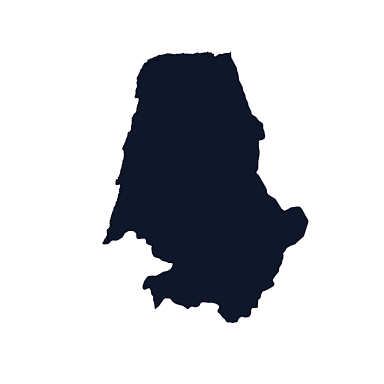 Salvaleón de Higüey, La Altagracia, Dominican Republic, rotated 240°
{"feature_id": "3306468B87904766376188", "entity_name": "Salvaleón de Higüey", "entity_type": "district", "adm_level": 2, "iso_a3": "DOM", "parent_name": "Dominican Republic", "parent_adm1": "La Altagracia", "projection": "natural_earth1", "projection_center": [-68.511, 18.662], "detail": "fine", "context": "isolated", "style": "filled", "palette": "ink", "viewbox_px": 384, "rotation_deg": 240, "n_neighbors": 0, "source": "geoboundaries", "source_scale": "gbopen_adm2", "svg_char_len": 6059}
<svg xmlns="http://www.w3.org/2000/svg" viewBox="0 0 384 384"><g transform="rotate(240 192 192)"><path d="M59.8,190.8L65.9,194.8L66.4,195.9L66.5,197.6L67.8,199.1L69.0,199.8L71.1,202.9L71.2,203.8L70.7,205.9L70.5,207.8L70.4,214.4L70.7,216.1L71.7,216.8L75.0,217.0L76.3,217.8L78.2,221.5L80.2,226.9L83.3,229.2L85.6,233.6L87.9,235.4L89.3,237.3L91.5,238.7L93.3,239.4L94.1,240.2L94.8,242.3L96.4,245.0L96.9,246.8L96.8,251.1L95.9,255.1L96.6,257.5L98.4,266.4L107.4,276.3L108.6,277.4L109.7,277.8L122.1,278.0L124.7,277.5L125.9,276.0L128.4,270.1L128.5,264.1L128.8,262.4L129.7,261.7L132.6,260.5L144.0,260.1L150.9,256.3L152.2,256.0L154.2,256.0L156.8,257.2L159.2,257.5L172.7,257.5L176.7,256.5L177.5,257.1L179.3,260.3L185.5,264.0L191.8,269.1L194.8,270.7L197.4,271.5L202.9,274.6L203.4,275.4L203.6,276.3L202.8,278.9L202.6,280.6L202.9,281.6L203.8,282.5L208.3,284.2L211.7,284.8L215.3,286.7L216.3,286.7L220.2,284.8L224.6,284.3L228.8,282.1L229.9,282.0L232.7,283.0L238.4,283.3L241.6,284.5L246.3,284.8L249.6,286.0L254.6,286.4L257.9,287.7L265.2,287.9L271.4,290.5L274.8,291.1L277.3,292.2L289.0,292.5L293.1,294.6L292.9,293.6L293.7,292.4L293.8,291.6L294.7,290.8L294.8,289.7L295.4,289.1L295.4,287.5L295.6,287.0L295.0,286.9L295.2,286.6L295.9,286.5L296.0,285.9L297.1,285.0L297.0,279.6L297.6,278.7L298.5,278.3L299.2,278.3L299.8,279.0L300.3,279.0L301.6,278.0L302.4,278.0L303.3,277.0L303.3,276.4L303.9,275.2L304.9,275.4L305.2,275.1L304.8,274.1L305.3,273.2L305.2,272.5L305.4,271.9L306.3,272.0L306.3,270.1L307.0,269.7L307.5,267.8L308.6,266.6L309.4,266.3L309.5,265.0L310.0,263.9L310.1,261.7L310.5,261.5L310.6,261.0L311.9,259.4L312.4,258.2L314.0,256.3L314.2,255.3L315.5,253.7L316.3,253.5L316.5,251.6L317.7,249.0L318.2,248.7L318.2,247.8L318.8,247.3L318.6,246.7L319.5,245.2L320.1,244.8L320.1,244.3L319.5,243.9L320.1,243.3L320.6,243.6L320.8,243.3L320.8,243.0L320.5,243.0L320.6,242.6L321.7,242.7L323.9,239.4L324.0,237.8L324.4,237.2L324.8,235.3L325.6,233.6L325.6,232.5L325.9,232.1L326.4,232.1L326.4,231.2L326.7,230.6L326.6,230.1L326.1,229.6L326.7,228.3L326.6,227.6L326.3,227.6L326.1,228.3L325.4,228.2L325.3,228.5L324.5,228.5L324.3,226.7L324.8,226.3L326.4,226.1L326.5,226.7L327.0,227.0L327.2,225.5L327.0,225.2L326.9,223.8L327.4,223.3L327.7,222.0L327.4,220.6L327.9,220.0L326.7,219.0L326.6,218.4L325.5,218.7L325.1,218.1L325.4,216.9L326.7,216.6L326.7,215.0L325.6,213.7L325.1,212.4L324.0,211.5L323.5,210.5L323.4,209.2L322.8,208.9L322.5,208.2L319.8,205.0L319.7,204.3L319.2,204.0L318.5,202.4L318.1,202.5L317.9,201.9L317.5,201.9L317.4,201.3L316.1,201.3L315.4,200.9L313.7,198.9L312.3,199.0L311.8,198.4L310.9,198.3L309.8,197.0L309.3,196.8L309.1,195.9L308.2,195.4L308.0,194.5L306.9,194.2L306.2,193.5L305.4,193.3L304.9,192.6L304.2,192.6L303.5,191.3L302.7,190.4L302.1,190.4L301.7,191.7L300.7,193.0L299.0,193.0L298.0,192.6L295.8,190.6L295.4,190.6L295.3,190.1L294.8,190.0L294.2,188.5L292.4,187.2L291.8,186.2L290.3,185.6L289.5,184.6L288.6,184.1L287.9,180.8L285.3,177.0L284.8,177.0L283.5,176.0L282.4,175.7L280.1,173.8L279.6,173.9L279.6,173.2L278.6,172.3L277.9,172.2L277.7,171.9L276.8,171.9L276.5,171.0L275.8,170.6L275.3,169.9L275.1,169.0L274.7,168.7L275.0,166.9L274.5,166.1L273.4,165.2L272.7,165.0L271.8,164.0L271.7,163.4L270.2,162.0L270.1,161.4L269.0,160.8L268.5,159.8L267.6,158.9L267.5,158.3L266.9,158.0L266.0,156.3L264.7,154.8L264.4,154.1L264.0,153.8L261.6,154.0L259.8,153.5L259.5,152.9L257.7,152.4L256.8,151.3L255.4,150.9L255.0,150.0L253.9,149.2L253.2,147.8L252.7,147.8L251.6,146.7L250.8,146.5L250.5,145.8L250.1,145.8L250.0,145.2L249.4,145.2L248.6,144.1L247.3,143.0L247.0,142.3L246.4,142.2L245.9,141.1L245.3,141.1L244.4,140.0L244.0,140.0L241.9,137.2L241.0,136.5L241.3,135.7L240.0,135.2L239.4,134.1L239.4,133.4L240.0,133.1L240.0,132.5L239.2,132.2L238.9,131.7L238.2,131.8L238.1,131.2L237.6,131.1L237.3,130.5L236.8,130.3L236.4,130.6L235.7,131.8L235.8,133.0L235.4,133.3L235.4,133.8L233.2,134.0L232.7,133.3L232.1,133.1L231.7,132.4L231.3,132.4L230.2,130.6L228.9,130.1L228.6,129.6L227.4,129.5L227.1,128.9L226.5,128.6L226.7,127.9L226.2,127.1L225.0,126.7L224.9,126.1L224.3,126.0L222.7,123.9L221.2,123.2L221.1,122.0L219.5,120.3L218.8,120.0L217.6,118.4L217.6,117.5L216.4,116.2L215.8,116.1L215.4,115.5L214.9,115.5L214.7,115.2L214.7,114.2L213.8,113.9L213.6,113.0L212.1,111.8L212.0,111.1L210.6,110.1L210.1,109.1L209.0,108.5L208.3,107.8L208.0,107.0L207.0,106.7L206.0,105.6L204.4,105.3L204.2,104.8L203.1,104.4L201.7,102.2L201.5,100.3L201.0,99.4L200.0,99.3L199.6,98.9L198.9,98.7L198.6,98.3L198.0,98.4L197.7,98.0L197.0,98.0L196.5,96.8L195.9,96.7L195.9,96.1L195.6,96.1L195.2,96.8L194.8,96.8L194.1,95.8L193.3,95.8L193.1,95.1L193.6,94.8L194.5,95.2L194.7,95.8L195.1,95.8L195.2,95.1L194.7,94.3L194.3,92.7L193.3,91.9L193.3,91.4L192.7,91.0L192.6,90.3L191.9,89.4L190.9,90.5L189.7,93.4L189.7,94.8L190.6,97.1L190.6,98.5L190.3,99.5L188.4,102.4L188.0,104.5L188.2,109.2L190.1,112.1L190.7,113.8L190.6,117.7L189.9,119.4L187.7,122.5L184.1,123.8L180.4,121.9L179.4,121.8L178.7,122.3L177.0,126.3L175.6,128.6L173.2,128.7L170.8,127.6L169.9,127.6L168.8,128.2L165.9,131.0L164.8,130.7L162.8,129.1L158.6,127.4L155.4,127.3L154.3,128.0L151.2,131.1L147.8,132.4L144.9,135.3L142.8,136.7L141.3,139.3L140.1,140.2L138.7,139.8L136.8,137.9L135.5,135.8L135.2,134.0L135.3,130.8L136.5,127.3L136.7,118.6L139.0,115.1L140.3,111.9L140.0,110.3L138.1,106.5L134.9,102.8L133.3,101.9L132.1,102.0L131.5,102.6L131.2,106.3L130.9,107.3L129.1,107.9L126.8,107.6L123.7,106.4L120.5,106.9L117.9,105.1L114.6,104.4L109.8,102.4L110.4,106.0L113.9,113.6L114.1,115.4L113.7,116.7L110.9,120.6L106.6,121.1L103.9,122.5L102.6,123.5L98.4,127.8L93.5,130.1L93.3,130.9L93.9,132.7L93.9,134.0L93.3,135.2L90.9,138.0L90.4,139.7L90.6,141.4L92.2,143.9L92.3,145.1L91.3,147.6L88.5,151.1L87.3,153.5L86.1,155.2L83.9,157.3L81.3,158.9L80.1,159.2L78.3,158.7L77.5,157.8L76.4,155.6L75.1,155.0L72.4,156.0L68.3,156.4L65.8,157.4L62.4,157.7L61.7,158.1L60.8,160.1L59.0,161.9L58.3,164.3L57.7,165.3L57.6,166.1L58.1,167.1L59.8,168.9L60.0,172.3L59.5,173.5L57.5,175.5L56.3,178.0L56.1,179.0L56.4,180.0L57.2,181.2L58.4,182.3L60.7,183.6L62.0,185.4L61.9,186.6L59.8,190.8Z" fill="#0f172a" stroke="#020617" stroke-width="1.5"/></g></svg>